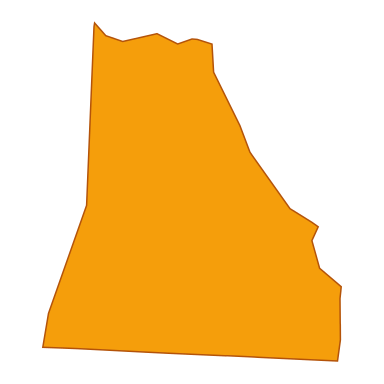 outline of Cleveland, North Carolina, United States of America
{"feature_id": "52423323B32747612056401", "entity_name": "Cleveland", "entity_type": "district", "adm_level": 2, "iso_a3": "USA", "parent_name": "United States of America", "parent_adm1": "North Carolina", "projection": "robinson", "projection_center": [-81.506, 35.374], "detail": "fine", "context": "isolated", "style": "filled", "palette": "amber", "viewbox_px": 384, "rotation_deg": 0, "n_neighbors": 0, "source": "geoboundaries", "source_scale": "gbopen_adm2", "svg_char_len": 619}
<svg xmlns="http://www.w3.org/2000/svg" viewBox="0 0 384 384"><path d="M252.0,155.2L249.9,152.1L239.9,125.6L213.6,72.2L212.0,44.1L197.2,39.4L192.0,39.0L177.7,44.0L157.0,33.7L122.7,41.5L105.8,35.7L94.6,23.0L94.0,26.7L86.6,205.4L48.5,313.4L42.8,347.3L62.6,348.0L77.5,348.6L101.2,349.8L124.1,351.0L145.4,352.1L167.6,353.2L192.1,354.3L226.2,355.8L226.7,355.7L248.2,356.7L254.2,357.0L258.7,357.3L311.6,359.8L337.5,361.0L340.4,339.9L340.3,324.9L340.2,323.2L340.0,298.5L340.8,291.1L341.2,286.7L319.6,268.3L311.9,240.6L318.2,226.8L312.0,222.4L290.0,208.7L252.0,155.2Z" fill="#f59e0b" stroke="#b45309" stroke-width="1.5"/></svg>